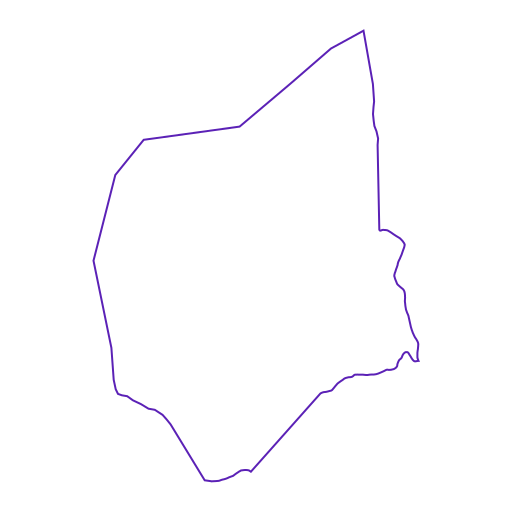 Santa Lucia, Francisco Morazán, Honduras
{"feature_id": "27666195B58255966540050", "entity_name": "Santa Lucia", "entity_type": "district", "adm_level": 2, "iso_a3": "HND", "parent_name": "Honduras", "parent_adm1": "Francisco Morazán", "projection": "robinson", "projection_center": [-87.068, 14.129], "detail": "fine", "context": "isolated", "style": "outline", "palette": "violet", "viewbox_px": 512, "rotation_deg": 0, "n_neighbors": 0, "source": "geoboundaries", "source_scale": "gbopen_adm2", "svg_char_len": 5834}
<svg xmlns="http://www.w3.org/2000/svg" viewBox="0 0 512 512"><path d="M418.5,360.9L418.2,360.2L418.0,359.6L417.8,358.9L417.6,358.4L417.5,358.0L417.5,357.7L417.4,357.3L417.4,357.0L417.4,355.6L417.4,353.3L417.4,352.8L417.5,352.0L417.6,351.0L417.9,349.1L418.0,348.0L418.1,346.7L418.2,346.0L418.2,344.9L418.3,344.4L418.2,344.0L418.2,343.7L418.2,343.4L418.1,343.1L418.0,342.7L417.9,342.4L417.8,342.1L417.4,341.2L417.2,340.9L416.8,340.2L416.5,339.6L416.2,339.1L415.8,338.5L415.4,338.0L415.2,337.6L414.9,337.2L414.5,336.4L414.2,335.8L413.9,335.2L413.6,334.5L413.1,333.4L412.8,332.8L412.4,331.6L412.2,331.0L411.9,330.3L411.4,328.7L410.9,327.0L410.7,326.2L410.6,325.7L408.6,316.7L408.5,316.1L408.4,315.8L408.3,315.5L408.2,315.3L408.0,314.7L407.6,313.8L407.4,313.4L407.1,312.7L406.6,311.3L406.1,309.9L406.0,309.6L405.9,309.3L405.9,308.9L405.8,308.4L405.5,306.7L405.3,305.2L405.2,304.0L405.0,302.3L404.9,301.5L404.9,301.0L404.9,300.6L405.0,299.2L405.0,298.6L405.1,297.9L405.0,296.8L405.0,295.7L405.0,295.2L404.9,294.4L404.8,293.7L404.8,293.2L404.7,292.8L404.5,292.2L404.5,291.9L404.4,291.6L404.3,291.3L404.1,290.9L403.9,290.5L403.8,290.3L403.6,289.9L403.3,289.6L403.1,289.3L402.8,289.0L402.3,288.6L401.8,288.2L400.7,287.3L400.0,286.7L399.1,285.9L398.1,285.0L397.8,284.7L397.5,284.4L397.3,284.2L397.2,283.9L396.7,282.9L396.3,281.8L395.8,280.6L395.5,279.9L395.0,278.5L394.8,277.8L394.6,277.1L394.4,276.3L394.3,276.2L394.3,275.7L394.3,275.3L394.4,274.7L394.5,274.4L394.6,274.0L394.8,273.1L395.2,272.1L395.6,270.9L396.0,269.5L396.8,267.4L397.1,266.5L397.3,265.9L397.6,265.0L397.7,264.4L397.8,263.6L398.0,263.1L398.1,262.4L398.2,262.1L398.4,261.8L398.7,261.0L399.0,260.3L399.6,259.2L400.0,258.4L400.2,257.8L400.9,256.2L401.6,254.6L401.9,253.7L402.9,250.8L404.1,247.5L404.3,246.8L404.4,246.3L404.5,245.8L404.6,245.3L404.6,245.2L404.7,244.9L404.6,244.7L404.6,244.3L404.5,244.2L404.2,243.4L404.0,243.1L403.8,242.7L403.5,242.4L403.2,241.9L402.8,241.3L402.0,240.4L401.6,240.0L401.2,239.5L400.5,238.9L400.2,238.5L399.9,238.3L399.5,238.0L398.5,237.4L397.2,236.6L396.5,236.2L393.3,234.1L392.2,233.3L390.3,232.0L389.9,231.8L389.1,231.3L388.6,231.0L388.1,230.7L387.7,230.5L387.2,230.3L386.7,230.2L385.9,230.1L385.2,230.0L384.9,230.0L384.3,230.0L383.6,229.9L382.8,229.9L382.5,230.0L382.2,230.0L381.9,230.1L381.7,230.2L381.5,230.3L381.2,230.4L381.0,230.5L380.9,230.5L380.7,230.6L380.3,230.6L380.1,230.6L379.9,230.5L379.8,230.3L379.6,230.2L379.4,229.8L379.3,229.5L377.6,145.0L378.1,138.5L376.5,131.4L374.4,126.0L373.7,120.9L373.0,114.1L373.5,107.1L374.1,101.5L372.9,84.0L363.5,30.7L331.0,48.5L289.9,84.1L239.6,126.6L143.7,139.8L115.3,175.0L93.5,260.7L111.4,347.9L113.7,379.8L115.7,389.2L118.0,393.9L121.9,395.3L127.2,396.2L132.9,400.3L141.1,404.2L148.5,408.7L154.8,409.8L162.6,414.9L166.5,419.3L170.6,424.4L204.7,480.3L211.1,481.2L211.3,481.3L211.5,481.3L211.9,481.3L213.8,481.2L215.7,481.1L217.0,481.0L218.4,480.9L218.8,480.8L219.4,480.7L221.2,480.0L221.8,479.8L222.9,479.5L223.9,479.3L225.3,478.9L226.2,478.6L226.7,478.4L227.0,478.3L228.1,477.8L228.7,477.5L229.3,477.2L229.7,477.1L230.7,476.7L232.1,476.2L232.4,476.1L232.8,476.0L233.0,475.9L233.2,475.7L233.7,475.4L235.1,474.3L235.8,473.8L236.5,473.3L237.9,472.4L239.2,471.5L239.8,471.2L240.5,470.8L240.7,470.6L241.0,470.5L241.3,470.4L241.6,470.4L242.4,470.3L242.9,470.2L243.9,470.1L244.9,470.0L245.6,470.0L246.1,470.0L247.3,470.1L248.0,470.2L248.3,470.3L248.6,470.3L248.8,470.4L249.1,470.5L249.7,470.9L250.0,471.1L250.5,471.4L250.9,471.7L320.4,393.5L320.7,393.3L321.2,393.1L321.4,392.9L322.0,392.7L322.7,392.4L323.1,392.3L323.6,392.2L323.8,392.1L325.1,392.0L325.9,391.9L326.4,391.8L327.7,391.5L329.5,391.0L330.4,390.8L331.4,390.5L331.5,390.4L331.8,390.2L332.0,390.1L332.2,389.9L333.2,388.7L333.8,388.0L335.4,386.0L336.1,385.2L336.7,384.5L337.3,383.8L337.4,383.7L337.7,383.4L338.0,383.2L338.5,382.8L338.9,382.5L340.3,381.5L341.3,380.8L342.4,380.1L343.7,379.1L344.0,378.8L344.5,378.5L344.8,378.4L345.1,378.2L346.3,377.8L346.8,377.7L347.9,377.4L348.4,377.3L348.9,377.2L349.2,377.2L350.0,377.2L350.7,377.1L351.3,377.0L351.5,376.9L351.9,376.8L352.4,376.6L352.6,376.4L352.9,376.2L353.2,376.0L353.3,375.9L353.5,375.7L353.8,375.3L354.2,375.1L354.4,375.0L354.7,374.8L355.0,374.7L355.5,374.7L357.4,374.6L359.6,374.7L362.2,374.7L362.9,374.7L363.3,374.7L363.8,374.8L365.2,374.9L365.8,375.0L366.7,375.0L367.2,375.0L367.6,375.0L368.1,374.9L368.9,374.8L369.3,374.7L370.3,374.6L370.8,374.6L371.9,374.5L373.1,374.5L374.0,374.5L374.7,374.4L375.5,374.3L376.0,374.2L376.5,374.1L377.4,373.8L378.1,373.6L379.3,373.1L380.5,372.6L382.8,371.6L384.1,371.0L385.6,370.2L386.0,370.0L386.5,369.8L387.0,369.7L387.5,369.7L388.1,369.8L388.4,369.9L388.8,369.9L389.3,369.9L389.7,369.9L390.0,369.9L390.4,369.8L391.4,369.7L392.0,369.5L392.6,369.4L393.7,369.1L394.2,368.9L394.5,368.7L394.8,368.5L395.3,368.2L395.5,368.1L395.7,367.9L396.1,367.5L396.3,367.3L396.6,366.9L396.8,366.7L397.0,366.3L397.1,366.1L397.2,365.8L397.3,365.3L397.3,364.7L397.4,364.4L397.5,363.9L397.6,363.5L397.9,362.8L398.1,362.2L398.3,361.8L398.5,361.3L398.8,360.8L398.9,360.5L399.1,360.3L399.3,360.0L399.5,359.7L400.0,359.3L400.4,359.0L400.8,358.7L401.0,358.4L401.5,357.9L401.6,357.6L401.7,357.4L401.9,357.0L402.0,356.9L402.2,356.3L402.3,355.9L402.5,355.5L402.6,355.3L402.8,354.9L402.9,354.7L403.1,354.5L403.3,354.1L403.5,353.8L403.9,353.4L404.2,353.1L404.5,352.9L404.8,352.6L405.1,352.4L405.6,352.2L405.8,352.2L406.0,352.1L406.4,352.1L406.6,352.1L406.8,352.1L407.1,352.1L407.4,352.2L407.6,352.3L407.8,352.4L408.0,352.5L408.3,352.8L408.8,353.6L409.3,354.4L409.7,355.1L410.2,355.8L411.4,357.8L411.6,358.2L412.0,358.8L412.2,359.0L412.5,359.5L412.7,359.8L413.0,360.0L413.2,360.3L413.5,360.6L413.7,360.8L413.8,360.9L414.0,361.0L414.4,361.2L414.7,361.3L414.9,361.3L415.1,361.3L415.7,361.3L417.3,361.0L418.1,360.9L418.5,360.9Z" fill="none" stroke="#5b21b6" stroke-width="2"/></svg>